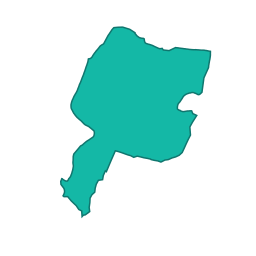 Harad, Hajjah, Yemen (Equal Earth projection), rotated 198°
{"feature_id": "15242507B65973742405389", "entity_name": "Harad", "entity_type": "district", "adm_level": 2, "iso_a3": "YEM", "parent_name": "Yemen", "parent_adm1": "Hajjah", "projection": "equal_earth", "projection_center": [43.134, 16.476], "detail": "fine", "context": "isolated", "style": "filled", "palette": "teal", "viewbox_px": 256, "rotation_deg": 198, "n_neighbors": 0, "source": "geoboundaries", "source_scale": "gbopen_adm2", "svg_char_len": 4789}
<svg xmlns="http://www.w3.org/2000/svg" viewBox="0 0 256 256"><g transform="rotate(198 128 128)"><path d="M168.8,43.4L168.1,43.1L167.6,42.9L167.4,43.0L164.8,43.9L164.2,44.1L159.4,41.1L155.7,39.3L153.3,38.2L149.6,35.3L146.4,34.8L144.3,29.6L143.5,31.3L141.8,32.2L138.6,36.7L140.4,40.5L141.2,45.1L142.4,49.6L141.7,53.4L139.8,56.7L140.6,60.6L140.8,64.8L140.0,69.1L136.2,71.0L136.8,75.2L136.3,80.2L135.1,79.8L134.0,92.4L133.0,102.4L129.8,102.6L126.3,102.6L120.3,102.4L119.8,102.4L119.6,102.4L117.5,102.5L116.8,102.5L113.5,101.9L110.5,104.1L107.1,104.4L103.7,104.6L100.3,105.1L96.9,105.4L96.3,105.1L92.8,105.4L89.5,105.9L86.2,105.8L85.6,106.3L83.0,108.9L79.9,110.4L76.9,113.1L73.8,115.2L70.9,117.9L68.9,121.4L68.3,126.2L67.8,130.8L67.2,135.5L66.4,140.6L68.0,144.4L69.5,148.1L68.5,153.4L66.5,161.2L70.8,161.7L72.8,164.0L73.3,163.8L74.3,163.5L75.9,162.8L76.6,162.6L79.5,161.1L80.1,160.8L81.0,160.5L81.8,160.5L82.9,160.5L83.3,160.5L84.2,160.9L84.5,160.7L85.2,160.8L86.0,161.0L86.6,161.2L86.9,161.4L87.4,162.8L87.5,163.2L87.6,163.7L87.7,164.6L87.8,165.1L87.8,165.7L87.7,166.5L87.6,166.8L87.3,167.7L87.0,168.3L86.8,168.7L86.5,169.7L86.1,171.2L85.8,172.2L85.5,173.4L85.3,174.4L84.9,175.5L84.5,176.3L83.9,177.1L83.3,177.9L82.6,178.6L81.9,179.1L81.1,179.7L80.3,180.3L79.5,180.6L78.4,181.4L77.6,181.7L76.8,181.9L76.0,181.9L75.1,181.8L74.2,181.8L73.4,181.7L72.5,181.5L71.7,181.4L70.9,181.6L70.2,182.2L69.7,183.0L69.2,183.9L68.7,184.8L71.3,199.1L70.9,202.9L70.1,210.3L70.3,211.3L70.6,212.5L70.7,213.5L70.9,214.5L71.0,215.6L71.2,216.6L71.3,217.7L71.4,218.8L71.6,219.9L71.8,221.1L72.0,222.2L72.3,223.3L72.7,224.4L73.0,225.5L73.3,226.4L74.3,226.2L75.1,226.1L76.3,226.0L77.4,225.9L78.3,225.7L79.2,225.6L80.1,225.4L81.0,225.1L81.8,224.9L82.7,224.6L83.6,224.4L84.5,224.2L85.4,224.0L86.4,223.7L87.4,223.5L88.1,223.3L88.2,223.2L89.2,222.9L90.2,222.6L91.0,222.4L91.8,222.2L92.7,222.0L93.5,221.8L94.5,221.6L95.3,221.5L96.2,221.3L97.2,221.1L98.1,221.0L99.2,220.7L100.1,220.6L101.1,220.4L102.1,220.2L103.2,220.0L104.1,219.8L105.1,219.7L105.9,219.5L106.8,219.3L107.6,219.2L112.8,214.3L118.5,213.1L120.2,214.3L120.9,213.8L121.8,213.5L122.6,213.2L123.4,213.2L124.3,213.3L125.2,213.4L126.0,213.5L127.0,213.6L127.9,213.7L129.0,213.9L129.8,214.0L130.7,214.1L131.8,214.1L132.6,214.1L133.7,214.1L134.0,214.0L134.8,214.0L135.6,214.0L136.4,214.0L137.3,214.1L138.1,214.4L138.7,215.1L139.3,216.0L139.7,216.9L140.2,217.8L141.0,218.0L141.9,217.8L142.8,217.6L143.6,217.5L144.5,217.5L145.3,217.5L146.2,217.8L147.1,218.1L147.9,218.4L148.6,218.8L149.4,219.4L150.1,219.8L150.8,220.4L150.8,220.8L156.5,222.3L157.0,222.4L164.2,222.3L168.7,220.7L172.4,219.1L172.7,218.6L173.1,217.7L173.5,216.8L173.9,215.6L174.1,214.6L174.5,213.3L174.8,212.2L175.1,211.1L175.5,209.9L175.7,208.8L177.2,200.5L177.3,200.3L178.3,199.3L179.7,197.5L180.1,196.5L180.4,195.5L180.8,194.5L181.2,193.4L181.7,192.3L182.1,191.4L182.4,190.4L182.8,189.3L183.2,188.2L183.5,187.1L183.8,186.1L184.0,185.0L184.3,184.0L184.8,183.1L185.4,182.4L186.2,181.9L187.0,181.5L186.9,180.5L186.7,179.5L186.6,178.3L186.6,177.1L186.6,176.0L186.6,174.8L186.7,173.6L186.7,172.4L186.7,171.0L186.7,169.9L186.7,168.7L186.8,167.4L186.8,166.2L186.8,164.9L186.9,163.8L187.0,162.5L187.1,161.3L187.1,160.1L187.2,159.1L187.2,158.0L187.3,156.8L187.4,155.7L187.6,154.5L187.6,153.4L187.6,152.3L187.7,150.9L187.8,149.6L187.8,148.5L187.9,147.4L188.1,146.2L188.3,145.1L188.6,144.0L188.8,142.9L189.1,141.6L189.2,140.6L189.3,139.5L189.4,138.4L189.6,137.1L189.6,136.0L189.6,135.3L189.6,134.9L189.5,133.8L189.4,132.6L189.1,131.6L188.7,130.5L188.3,129.6L187.8,128.8L187.1,128.2L186.4,127.5L185.7,126.8L185.0,126.1L184.3,125.4L183.4,124.8L182.6,124.2L181.8,123.6L181.1,123.2L180.3,122.7L179.8,122.4L179.4,122.2L178.6,121.9L177.7,121.5L176.9,121.1L176.0,120.8L175.2,120.5L174.1,120.0L173.3,119.5L172.5,119.1L171.6,118.6L170.8,118.2L170.7,118.2L170.0,117.9L169.2,117.7L168.2,117.6L167.1,117.4L166.5,117.4L166.2,117.4L164.1,116.6L163.0,116.2L159.4,114.7L158.9,113.9L158.4,112.8L158.2,111.7L158.0,110.6L158.0,110.4L158.1,109.6L158.5,108.5L159.1,107.7L159.7,107.0L160.3,106.1L161.0,105.3L161.5,104.6L162.2,103.8L162.9,103.0L163.4,102.3L164.0,101.4L164.6,100.4L165.2,99.4L165.7,98.5L166.2,97.6L166.8,97.1L167.6,96.2L168.1,95.0L168.7,93.4L171.5,86.5L171.3,84.0L170.1,80.0L170.0,79.4L169.7,78.2L169.3,77.2L168.8,76.2L168.7,76.1L168.3,75.2L168.0,74.1L167.9,73.0L167.7,71.8L167.6,70.6L167.6,69.5L167.5,68.3L167.5,67.0L167.6,65.9L167.6,65.2L167.6,64.8L167.8,63.7L168.1,62.6L168.6,61.7L169.0,59.3L169.5,58.7L171.0,58.3L173.9,58.9L174.8,59.4L175.3,59.4L175.4,59.0L175.3,58.1L175.5,56.5L174.3,53.6L170.2,50.7L169.6,49.8L169.1,49.0L169.1,48.9L168.7,48.0L168.6,47.5L168.5,47.0L168.5,46.6L168.5,46.4L168.5,46.2L168.5,45.8L168.7,43.9L168.7,43.7L168.8,43.4L168.8,43.4Z" fill="#14b8a6" stroke="#0f766e" stroke-width="1.5"/></g></svg>